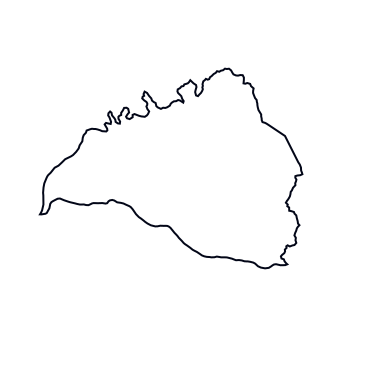 the district of Guaíra, São Paulo, Brazil, rotated 313°
{"feature_id": "56859067B77662640599677", "entity_name": "Guaíra", "entity_type": "district", "adm_level": 2, "iso_a3": "BRA", "parent_name": "Brazil", "parent_adm1": "São Paulo", "projection": "natural_earth1", "projection_center": [-48.367, -20.336], "detail": "fine", "context": "isolated", "style": "outline", "palette": "ink", "viewbox_px": 384, "rotation_deg": 313, "n_neighbors": 0, "source": "geoboundaries", "source_scale": "gbopen_adm2", "svg_char_len": 4401}
<svg xmlns="http://www.w3.org/2000/svg" viewBox="0 0 384 384"><g transform="rotate(313 192 192)"><path d="M124.5,76.7L120.2,76.4L116.1,75.0L109.6,75.5L108.0,75.4L106.4,75.3L104.8,75.5L102.9,76.1L97.6,78.1L94.1,80.3L89.9,83.6L88.1,85.6L81.5,91.9L76.3,94.9L74.2,95.6L72.0,96.1L73.0,97.2L74.8,98.6L76.2,99.7L77.6,100.1L79.5,99.6L82.8,98.8L86.7,96.4L88.7,96.1L90.3,96.5L92.4,97.2L95.4,98.3L97.2,99.9L98.7,104.0L100.6,108.2L101.5,110.0L103.9,114.2L104.9,116.1L106.4,118.6L109.2,121.5L110.2,123.4L111.8,125.3L114.1,126.2L115.5,126.7L116.8,127.6L119.6,130.8L120.9,132.1L122.8,134.0L124.6,136.7L126.0,137.6L128.3,137.3L129.9,137.7L131.8,139.1L132.8,141.0L133.4,144.3L135.5,147.3L136.9,149.8L137.6,152.1L138.9,155.8L139.2,157.5L138.9,160.4L137.6,166.2L137.4,170.3L137.8,172.7L138.1,176.0L138.2,178.1L138.6,180.9L139.6,184.6L140.9,187.0L141.8,188.6L143.4,190.2L145.7,191.8L147.6,194.0L149.1,195.6L150.3,197.0L150.9,198.5L151.1,200.7L150.5,205.0L150.2,207.0L150.1,209.4L149.9,211.6L149.5,213.6L149.4,216.0L149.3,218.0L149.0,220.7L149.1,222.5L149.5,224.8L150.0,228.7L150.2,231.8L150.7,233.8L151.5,236.5L152.1,240.2L152.4,242.5L153.3,244.8L154.6,247.0L156.5,249.3L157.4,250.7L159.6,252.9L161.7,254.2L163.3,256.6L164.1,257.9L166.9,260.9L168.0,262.2L170.5,266.7L171.2,268.5L172.1,270.7L174.3,272.8L175.9,275.1L177.1,277.6L178.1,278.8L179.4,280.3L180.6,282.1L182.2,285.0L182.7,287.0L182.7,290.9L183.7,293.9L184.9,295.8L186.0,297.5L188.9,299.9L191.5,300.6L193.2,300.9L194.9,301.4L196.5,302.7L197.9,305.1L198.9,306.8L200.5,308.4L202.0,310.0L204.1,311.0L204.1,309.4L204.4,307.1L205.4,305.1L204.4,302.8L205.6,300.9L207.5,300.8L210.2,301.2L212.0,300.6L213.2,299.2L215.6,299.3L216.6,298.0L218.2,298.3L218.9,300.7L221.4,301.9L223.1,303.1L225.9,303.0L227.3,300.6L229.3,299.2L230.1,296.5L232.4,295.4L234.8,294.6L236.9,293.5L238.5,293.2L241.0,293.2L241.2,291.1L242.8,289.1L244.3,286.6L246.0,284.2L246.1,281.7L246.9,280.2L245.8,277.8L244.6,275.9L246.9,273.6L246.6,271.4L248.1,270.6L248.2,268.0L250.3,267.5L251.8,267.4L253.4,267.1L255.5,266.6L257.5,265.5L259.5,264.1L261.2,264.0L264.0,263.0L265.9,263.0L267.5,263.0L268.8,261.5L270.7,260.8L272.3,259.9L272.9,257.8L274.1,256.8L275.9,257.8L278.1,259.7L280.3,260.6L281.2,259.1L282.1,257.2L284.2,255.0L285.6,252.1L286.2,249.5L296.4,221.8L293.3,202.6L292.8,199.8L292.3,198.1L291.2,195.9L292.1,194.0L293.2,192.9L294.5,191.0L295.9,189.7L296.4,187.9L297.3,184.7L298.9,182.2L300.2,180.5L301.3,179.4L302.2,177.9L303.4,176.5L303.7,174.1L305.0,171.3L306.1,169.1L307.7,167.7L309.8,166.4L309.7,164.5L309.7,162.9L310.7,160.8L309.4,158.1L307.5,157.1L306.6,155.6L309.0,153.8L311.1,151.9L312.0,149.4L310.4,147.5L308.5,146.3L307.2,144.6L306.3,142.1L306.8,140.1L307.6,137.7L307.4,135.0L305.7,133.6L304.7,132.0L302.3,131.7L300.2,130.3L298.6,130.0L297.4,127.9L295.3,128.1L293.1,127.4L290.1,127.3L288.3,126.9L286.3,127.6L284.9,126.9L284.2,125.0L282.7,125.1L280.6,124.8L278.0,126.2L277.0,127.6L275.6,128.2L274.6,129.8L272.9,130.5L270.6,131.0L268.3,130.9L266.2,131.0L265.4,129.1L267.2,126.2L269.0,125.1L271.8,123.7L273.0,122.0L272.5,119.0L272.6,114.5L270.3,114.9L268.6,114.8L267.1,114.0L265.5,113.0L263.6,113.5L262.1,112.3L259.8,112.4L257.3,111.6L255.6,112.8L254.9,114.4L254.9,116.5L254.8,118.8L253.4,121.4L252.8,123.9L251.4,124.6L251.0,122.4L250.7,120.8L249.8,119.1L247.7,118.5L245.9,116.9L243.5,116.3L241.8,116.3L240.1,116.9L237.1,116.1L235.3,115.2L233.9,113.4L231.6,112.6L230.5,109.2L230.5,107.3L232.3,104.7L231.7,102.6L231.6,100.4L232.7,98.4L233.0,95.0L233.8,91.6L233.1,88.9L230.6,89.8L229.7,91.4L228.1,90.9L226.5,91.8L226.4,94.6L226.8,97.2L226.3,98.9L225.1,99.9L223.5,100.3L222.2,102.9L221.7,105.7L219.2,106.6L217.3,106.8L214.8,106.2L213.8,104.8L212.8,103.5L211.6,101.3L209.8,96.8L207.9,96.0L206.2,97.6L202.8,96.7L201.6,94.2L202.1,92.4L204.1,92.0L205.6,91.8L207.2,91.8L209.3,88.6L209.0,86.7L207.2,85.0L205.0,85.7L203.4,86.0L201.6,86.2L200.0,87.7L198.2,86.9L196.8,86.9L195.4,88.3L194.5,91.4L192.8,92.6L191.6,91.0L191.2,88.3L192.5,86.7L193.0,85.1L193.5,81.3L195.1,79.0L195.0,77.2L192.6,77.2L190.8,78.5L190.3,80.7L188.1,85.0L186.3,86.1L184.7,83.5L183.9,82.0L181.9,82.0L181.3,83.9L180.5,86.7L179.3,88.1L177.8,88.0L175.2,84.8L174.5,82.7L173.3,80.2L172.3,78.5L171.2,77.3L170.0,75.7L168.4,74.7L167.0,74.0L165.1,73.0L163.0,74.0L159.7,74.0L157.2,75.1L154.3,77.2L149.5,78.0L146.6,79.4L142.3,79.9L137.9,79.8L135.5,79.2L129.5,76.9L126.8,76.8L124.5,76.7Z" fill="none" stroke="#020617" stroke-width="2"/></g></svg>